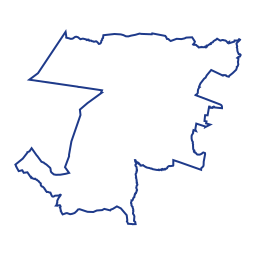 Ajacuba, Hidalgo, Mexico (Albers equal-area conic projection)
{"feature_id": "50627088B1222812133050", "entity_name": "Ajacuba", "entity_type": "district", "adm_level": 2, "iso_a3": "MEX", "parent_name": "Mexico", "parent_adm1": "Hidalgo", "projection": "albers", "projection_center": [-99.07, 20.107], "detail": "fine", "context": "isolated", "style": "outline", "palette": "blue", "viewbox_px": 256, "rotation_deg": 0, "n_neighbors": 0, "source": "geoboundaries", "source_scale": "gbopen_adm2", "svg_char_len": 5755}
<svg xmlns="http://www.w3.org/2000/svg" viewBox="0 0 256 256"><path d="M217.1,38.7L215.5,40.1L215.0,40.2L213.5,41.2L212.8,42.3L211.1,42.9L210.8,43.2L210.9,44.0L210.7,44.1L210.4,44.2L210.0,43.9L207.9,45.4L207.2,45.7L206.8,45.5L206.5,45.6L206.4,45.8L206.8,46.7L206.2,47.0L206.0,47.4L205.7,47.4L205.3,46.8L205.0,46.7L204.6,47.1L204.1,47.2L202.6,47.2L201.8,46.9L201.0,47.3L200.4,47.1L198.8,47.5L198.4,47.2L198.0,46.5L197.0,45.9L196.2,45.0L195.1,44.8L193.7,44.8L193.1,44.5L193.4,44.0L194.3,43.1L194.9,41.6L192.1,37.3L186.2,37.6L184.6,38.4L181.4,39.1L176.7,38.8L170.7,41.0L169.4,40.1L168.9,39.5L168.2,39.0L166.9,38.9L166.3,37.3L166.2,37.3L165.3,35.9L152.2,33.4L151.8,34.3L141.5,33.9L139.5,33.6L135.4,34.8L131.2,35.6L128.3,36.4L125.9,36.3L123.4,35.1L120.8,34.4L114.5,34.0L103.4,35.2L103.2,36.3L103.1,37.8L103.0,38.1L102.3,38.5L102.1,39.5L102.2,39.9L101.4,40.6L101.1,42.4L100.5,43.3L99.7,43.8L98.8,43.9L97.8,42.6L96.6,41.5L96.2,41.3L95.3,41.4L94.8,41.7L93.6,41.7L93.3,41.4L91.7,41.1L91.4,40.7L90.2,40.6L89.4,40.7L88.6,39.6L88.3,39.6L88.0,40.0L87.5,39.7L86.8,40.1L86.4,39.9L86.1,39.4L83.2,38.7L82.5,38.7L80.4,39.2L77.9,37.2L76.1,36.7L75.0,37.0L72.7,38.6L71.7,38.8L70.4,38.8L69.1,38.3L66.7,37.8L66.2,37.6L66.3,36.7L65.6,31.8L38.0,73.2L29.3,79.7L77.8,86.7L78.0,86.9L80.4,87.1L101.3,90.2L102.0,90.3L101.3,92.0L101.5,92.1L101.4,92.6L101.8,92.7L87.6,103.0L79.9,109.6L80.5,115.0L71.4,141.4L69.0,154.9L69.1,156.2L65.0,167.2L69.1,172.9L65.7,173.8L60.4,174.7L56.0,174.8L53.8,174.4L51.3,172.3L50.7,170.8L50.6,169.2L50.2,167.9L46.5,164.6L45.0,163.6L44.5,163.4L43.8,162.6L41.5,161.8L37.2,155.9L36.8,155.6L31.6,148.2L29.5,151.3L27.5,152.2L27.6,152.4L22.8,158.6L15.4,164.6L16.3,166.5L16.2,166.6L18.7,171.1L21.8,170.4L22.1,170.2L22.3,170.3L23.7,172.8L27.4,172.3L31.0,177.6L31.3,177.1L32.3,178.2L33.4,178.7L34.7,179.0L35.1,178.7L36.5,179.8L36.9,179.8L37.0,180.1L38.8,181.3L39.3,182.2L40.7,183.3L40.9,183.9L40.7,184.7L40.8,185.2L41.6,186.3L41.9,186.5L42.7,186.7L43.3,187.2L44.6,188.6L44.7,189.2L45.4,189.9L45.8,190.9L46.3,191.3L46.8,192.0L47.9,191.9L49.7,192.6L50.4,192.6L51.7,195.7L52.4,196.5L53.3,196.6L53.9,196.4L55.0,195.7L59.0,195.5L59.6,195.0L60.5,194.5L60.8,194.1L60.6,195.3L58.6,198.0L57.3,200.6L57.2,202.3L57.3,202.8L56.9,203.3L56.7,204.7L56.0,205.6L57.5,205.7L57.8,205.3L58.9,205.4L59.8,205.2L60.1,205.4L60.6,206.7L59.9,207.5L60.4,208.5L60.7,210.1L60.9,210.4L60.7,210.8L60.8,211.3L61.6,212.4L61.9,213.3L62.7,214.4L66.1,213.2L67.0,213.1L70.1,214.2L72.3,213.8L74.6,213.0L76.8,211.0L78.0,209.5L79.6,209.2L87.5,211.8L93.3,212.0L96.8,210.5L102.1,210.1L104.3,208.9L110.3,210.4L111.0,209.5L112.8,208.9L116.9,206.4L120.9,208.4L126.7,215.2L127.3,220.2L126.9,221.5L127.4,222.1L128.1,223.8L132.0,224.0L132.4,224.2L135.6,224.1L135.2,221.9L134.0,220.9L134.4,216.3L133.9,215.0L133.0,213.7L133.1,212.2L133.4,211.1L133.1,210.6L133.3,209.9L133.1,208.9L132.6,207.6L132.6,206.8L131.8,206.0L131.4,205.1L131.5,203.9L131.0,203.1L131.1,202.2L131.6,201.2L131.5,200.4L132.1,200.4L132.6,200.1L133.5,197.7L134.3,197.2L134.3,196.4L134.6,195.8L134.6,195.0L135.1,194.4L135.1,193.6L135.9,193.2L135.9,192.6L136.3,192.2L136.6,191.5L136.6,190.8L137.0,190.3L137.1,190.0L136.2,187.8L136.5,186.9L136.6,186.0L136.8,185.5L137.3,185.0L137.4,184.3L136.8,183.4L137.0,182.6L136.6,182.2L136.8,181.1L136.6,180.8L136.5,179.2L135.9,177.8L136.2,177.3L135.6,174.2L135.8,173.7L136.5,172.6L136.4,171.7L137.0,170.9L137.0,170.5L136.7,170.1L137.0,169.8L136.6,168.2L136.6,167.1L135.5,165.7L135.4,165.0L135.5,164.6L135.9,164.2L136.4,163.9L136.9,163.4L135.6,162.3L135.5,161.5L135.2,161.3L135.0,160.1L135.4,160.1L135.8,161.1L136.4,161.6L136.6,162.0L138.3,162.7L138.7,163.1L139.0,163.4L139.0,164.0L139.3,164.3L140.3,164.6L140.5,165.6L141.6,165.6L143.0,165.1L143.5,165.7L144.1,165.9L144.8,166.5L145.8,166.9L145.9,167.1L146.4,167.4L148.4,167.9L149.0,167.9L151.0,168.6L151.7,168.5L152.4,169.1L156.6,169.9L158.1,170.0L158.4,169.7L159.1,170.2L159.9,169.7L160.3,169.9L160.8,169.7L161.6,170.1L161.8,169.7L161.6,169.4L161.6,169.2L162.3,168.9L162.5,169.0L162.6,169.4L163.1,169.7L163.6,169.7L164.3,169.0L165.0,169.5L165.9,168.7L166.4,168.7L167.1,168.2L167.2,167.7L167.8,166.8L169.1,166.0L170.5,166.1L173.1,165.7L173.3,165.2L173.3,160.1L179.3,162.1L201.1,169.8L201.1,169.1L201.4,168.0L202.4,167.2L203.3,166.2L203.6,165.0L203.7,161.7L205.1,154.2L205.0,153.1L203.4,152.5L202.6,152.8L201.8,153.7L199.8,154.6L197.7,154.6L196.9,154.3L195.5,152.6L194.7,152.5L193.9,151.7L193.9,151.3L194.4,151.0L194.3,150.4L193.6,149.9L193.2,149.0L193.0,145.1L193.1,144.5L192.7,143.2L192.9,142.1L192.0,140.5L191.6,138.6L191.6,136.0L191.8,135.2L193.0,133.3L193.2,132.8L193.0,132.2L193.5,130.1L196.0,131.0L195.4,129.7L195.4,128.8L196.3,123.6L205.3,126.5L205.4,126.8L205.3,127.1L210.2,124.6L206.1,123.4L206.5,121.4L204.5,121.0L205.1,115.2L207.6,115.3L209.1,106.6L209.6,106.6L209.7,107.5L210.5,107.4L210.5,107.8L212.5,107.9L212.8,107.1L213.9,107.3L214.1,106.8L215.0,107.5L222.0,108.2L222.0,106.9L221.8,106.0L221.3,105.1L220.0,104.4L195.5,95.1L195.6,94.9L196.8,94.3L197.8,92.9L197.9,90.6L198.1,89.5L199.1,87.5L199.7,87.1L199.1,86.6L200.4,83.5L204.1,78.7L205.6,77.6L206.7,75.4L211.2,70.0L222.1,75.2L222.6,75.4L222.6,75.5L222.9,75.6L223.2,75.1L225.8,75.2L226.5,76.1L228.1,76.5L228.4,76.7L228.9,76.7L229.2,75.9L232.7,73.1L236.2,69.7L236.9,67.5L236.8,66.9L237.3,66.6L237.7,66.1L238.3,64.4L237.9,61.8L238.1,61.3L238.4,58.5L237.3,57.9L238.5,56.9L239.9,56.5L240.6,55.2L240.6,54.8L240.0,54.2L238.7,54.1L237.6,51.6L237.4,50.8L237.2,48.3L236.8,47.4L237.2,46.5L236.5,43.8L236.6,43.3L237.5,42.3L239.8,40.1L240.0,39.7L239.1,39.2L238.4,40.3L237.9,40.5L237.8,40.4L236.2,40.6L234.6,40.5L234.3,41.6L229.2,43.2L229.2,41.9L227.7,42.8L226.7,41.5L225.9,40.8L225.0,40.4L223.9,40.3L223.1,40.0L222.4,40.0L220.4,40.6L219.7,40.3L217.1,38.7Z" fill="none" stroke="#1e3a8a" stroke-width="2"/></svg>